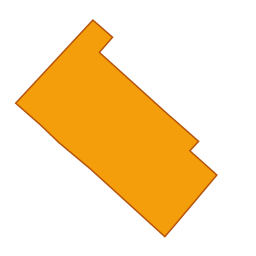 Sandusky, Ohio, United States of America, rotated 42°
{"feature_id": "52423323B66860409179158", "entity_name": "Sandusky", "entity_type": "district", "adm_level": 2, "iso_a3": "USA", "parent_name": "United States of America", "parent_adm1": "Ohio", "projection": "mercator", "projection_center": [-83.077, 41.377], "detail": "fine", "context": "isolated", "style": "filled", "palette": "amber", "viewbox_px": 256, "rotation_deg": 42, "n_neighbors": 0, "source": "geoboundaries", "source_scale": "gbopen_adm2", "svg_char_len": 373}
<svg xmlns="http://www.w3.org/2000/svg" viewBox="0 0 256 256"><g transform="rotate(42 128 128)"><path d="M228.1,184.1L227.7,168.1L226.6,134.8L225.5,103.5L206.4,103.5L189.2,103.6L189.4,90.7L160.0,91.0L159.5,91.0L149.6,91.2L56.1,91.0L55.8,70.9L29.7,71.3L27.9,184.7L61.3,184.3L86.7,185.1L127.4,183.6L228.1,184.1Z" fill="#f59e0b" stroke="#b45309" stroke-width="1.5"/></g></svg>